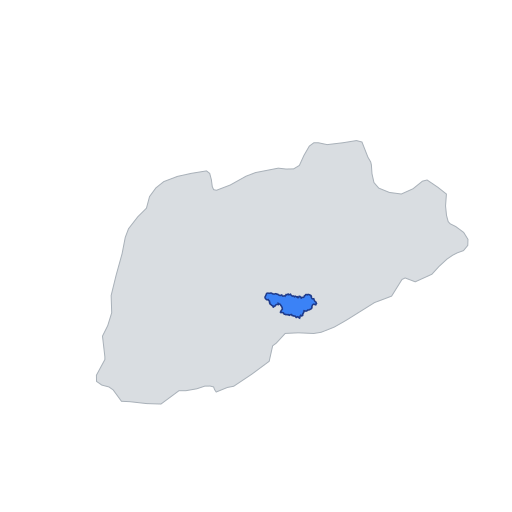 Jigmichhoeling, Geylegphug, Bhutan (highlighted), rotated 334°
{"feature_id": "84629894B47212795309211", "entity_name": "Jigmichhoeling", "entity_type": "district", "adm_level": 2, "iso_a3": "BTN", "parent_name": "Bhutan", "parent_adm1": "Geylegphug", "projection": "orthographic", "projection_center": [90.525, 27.083], "detail": "fine", "context": "in_parent", "style": "filled", "palette": "blue", "viewbox_px": 512, "rotation_deg": 334, "n_neighbors": 0, "source": "geoboundaries", "source_scale": "gbopen_adm2", "svg_char_len": 6521}
<svg xmlns="http://www.w3.org/2000/svg" viewBox="0 0 512 512"><g transform="rotate(334 256 256)"><path d="M400.3,221.8L399.6,224.8L396.3,232.9L394.2,241.7L396.1,248.8L403.7,257.3L413.8,264.0L426.6,264.4L438.4,261.7L443.1,262.7L449.6,274.0L454.3,283.8L448.3,294.1L445.0,303.1L443.8,309.4L444.6,312.1L448.5,317.2L453.0,325.9L453.8,334.0L451.0,339.3L444.9,342.1L438.4,341.4L433.1,341.5L426.3,342.5L415.9,345.6L406.1,349.5L387.8,349.0L380.4,341.1L376.9,341.1L360.3,351.5L342.1,349.8L309.0,353.3L295.2,354.2L281.0,353.1L273.8,350.9L260.4,343.6L248.3,338.4L236.0,343.2L231.6,344.0L221.7,356.4L200.3,360.4L178.9,363.3L172.6,361.6L160.6,360.8L160.2,357.9L160.5,355.1L157.8,352.8L152.9,350.5L144.6,349.4L133.8,346.3L127.7,343.3L105.7,347.4L93.0,340.7L78.7,331.6L71.4,327.6L68.9,313.7L66.4,309.2L60.8,304.4L57.7,298.8L60.3,293.2L74.8,282.8L76.0,280.3L82.9,260.7L92.2,253.6L101.4,243.8L108.5,228.0L121.9,211.9L136.6,195.3L146.7,181.9L153.4,175.6L167.0,168.9L178.5,165.0L186.4,155.9L195.9,150.9L205.7,148.7L220.2,150.0L233.9,153.3L248.8,157.8L250.6,161.5L249.3,167.9L247.1,174.5L247.0,177.8L249.3,179.6L264.0,180.9L282.0,179.9L292.1,180.8L314.5,186.8L321.1,191.0L328.0,194.2L334.7,193.6L343.2,186.6L352.1,180.6L357.6,179.6L361.6,181.5L368.8,187.1L383.7,192.3L396.9,196.3L401.2,200.0L399.9,216.3L400.3,221.8Z" fill="#d9dde1" stroke="#a8b0b8" stroke-width="1"/><path d="M246.2,299.6L246.7,300.3L247.4,300.4L247.6,300.4L247.9,300.5L247.8,300.9L247.9,301.2L248.2,302.0L248.4,302.6L248.3,302.8L247.9,303.0L247.8,303.6L247.8,304.1L247.9,304.3L247.6,304.4L247.6,304.6L247.6,304.8L247.7,305.0L247.6,305.5L247.8,305.8L248.0,305.9L248.3,306.5L248.3,306.9L248.7,307.6L248.8,307.8L249.2,308.1L249.3,308.2L249.2,308.5L249.0,309.3L249.3,309.6L249.5,309.5L250.3,309.3L250.5,309.1L251.2,309.3L251.4,309.3L251.7,309.1L252.0,308.8L252.7,308.6L253.7,308.7L254.1,308.9L254.3,309.1L254.6,309.5L255.0,309.2L255.2,308.8L255.3,308.3L255.5,308.5L255.6,308.9L255.7,309.3L255.9,309.4L256.1,309.6L256.2,309.8L256.6,310.0L256.7,310.3L256.6,310.9L256.6,311.3L256.8,311.6L256.9,311.9L256.8,312.3L256.8,312.6L256.8,313.0L257.0,313.4L257.0,313.6L256.8,313.9L256.8,314.4L256.7,314.6L256.4,315.1L256.3,315.5L255.2,315.8L254.9,316.0L254.7,316.2L254.4,316.3L254.1,316.5L254.1,316.8L253.8,316.9L253.8,317.1L253.4,317.2L253.5,317.4L253.5,317.7L253.8,317.7L254.0,317.8L254.1,318.0L254.5,318.3L255.3,318.6L255.8,319.3L255.7,319.8L255.7,320.3L255.8,320.4L255.9,320.5L256.0,320.8L256.3,320.9L256.5,321.1L256.8,321.2L256.9,321.3L256.9,321.5L257.0,321.7L257.2,322.0L257.4,322.0L257.6,321.9L257.8,322.0L258.1,322.1L258.3,322.3L258.5,322.6L259.0,322.7L259.1,323.0L259.3,323.2L259.6,323.0L259.8,323.2L259.7,323.4L259.7,323.5L259.8,323.7L260.1,324.0L260.4,323.9L260.7,323.8L261.2,323.9L261.7,323.9L262.1,324.0L262.3,324.2L262.3,324.3L262.2,324.6L262.4,325.1L262.3,325.3L262.4,325.5L262.6,325.5L262.8,325.5L263.1,325.9L263.3,326.0L263.5,326.1L263.5,326.4L263.8,326.5L264.4,327.0L264.7,327.0L264.8,327.2L265.0,327.7L265.0,328.2L265.1,328.8L265.3,328.9L265.4,329.0L265.8,329.0L265.9,328.9L266.0,328.7L266.4,328.7L266.9,328.8L267.0,328.9L267.0,329.2L267.1,329.3L267.3,329.5L267.4,329.9L267.5,330.1L267.6,330.5L267.7,330.8L267.8,330.9L267.9,331.0L268.0,330.8L268.2,330.6L268.5,330.5L268.6,330.4L268.6,330.0L268.8,329.9L269.1,329.6L269.5,329.4L269.7,329.2L269.9,329.1L270.0,329.0L270.0,328.9L270.3,328.8L270.6,329.3L270.6,329.6L270.7,329.9L270.9,329.9L271.1,329.9L271.3,329.9L271.5,329.8L271.8,329.9L272.1,329.7L272.3,329.5L272.3,329.0L272.5,328.7L272.9,328.3L273.1,328.2L273.4,328.2L273.6,328.1L273.8,327.8L274.0,327.6L274.1,327.4L274.4,327.4L274.7,327.2L274.9,326.8L275.0,326.4L275.2,326.2L275.8,326.8L276.1,327.1L277.1,327.4L277.2,327.5L277.4,327.7L277.5,327.7L277.8,327.6L278.4,327.4L278.7,327.2L279.5,327.5L279.8,327.7L280.0,327.7L280.7,327.8L280.8,327.7L281.1,327.6L281.4,327.6L281.6,327.7L282.3,327.7L282.7,327.6L283.1,327.3L283.3,327.3L283.7,326.9L283.7,326.6L283.8,326.5L284.0,326.2L284.0,325.9L284.5,325.5L284.8,325.3L285.1,324.9L285.4,324.8L285.9,324.6L286.6,324.5L286.9,324.6L287.1,325.0L287.4,325.1L287.5,325.2L287.7,325.6L287.9,325.8L288.1,326.0L288.4,326.1L288.6,325.9L288.6,325.7L289.0,325.4L289.5,325.2L289.4,325.0L289.3,324.8L289.6,324.4L289.7,324.1L289.7,323.7L289.4,323.4L289.1,322.6L289.0,322.1L289.0,321.5L289.0,321.1L289.0,320.9L289.2,319.7L288.7,319.6L288.3,319.4L287.8,319.1L287.7,318.7L287.6,318.2L287.6,317.9L287.7,317.6L287.7,317.3L287.7,317.2L288.0,316.9L288.1,316.6L288.1,316.4L287.9,316.2L288.0,316.1L288.1,315.8L288.1,315.6L287.9,315.3L287.6,315.1L287.6,314.9L287.3,314.7L287.1,314.5L287.1,314.3L287.0,314.2L286.8,314.1L286.7,313.9L286.2,313.5L285.9,313.3L285.7,313.4L285.3,313.5L285.1,313.3L284.9,313.3L284.8,313.2L284.7,313.1L284.4,312.7L284.1,312.5L283.8,312.5L283.5,312.7L283.1,312.8L282.9,313.0L282.6,313.1L282.0,313.0L281.7,313.4L281.5,313.6L281.4,313.7L281.1,313.8L280.7,314.0L280.4,313.9L280.1,313.9L279.9,313.8L279.9,313.7L279.7,313.6L279.4,313.4L279.1,313.4L278.9,313.4L278.6,313.4L278.5,313.5L278.3,313.7L278.2,313.7L278.3,313.2L278.3,312.9L278.2,312.9L277.9,312.3L277.9,311.7L277.7,311.6L277.4,311.5L277.3,311.3L277.3,311.2L277.2,311.1L276.7,311.5L276.4,311.7L276.2,311.8L275.9,311.9L275.7,312.0L275.4,311.9L275.3,311.5L275.1,311.4L274.9,311.1L275.1,310.9L275.3,310.7L275.2,310.6L274.5,310.4L274.4,310.3L274.2,310.0L273.9,309.7L273.8,309.4L273.4,309.3L273.1,309.4L272.6,309.5L272.5,309.0L272.4,308.6L271.8,308.1L271.3,308.2L270.9,307.7L270.7,307.5L270.4,306.8L270.4,306.4L270.3,306.2L270.3,305.5L270.2,305.5L270.1,305.4L269.6,305.5L269.2,305.3L268.5,305.3L268.2,305.0L268.1,304.7L268.2,304.3L267.4,304.2L266.7,304.4L266.3,303.9L266.1,303.8L265.9,304.1L265.7,304.3L265.4,304.4L265.0,304.4L264.7,304.6L264.5,304.8L264.4,304.6L263.8,304.2L263.7,304.1L263.3,304.1L263.1,304.1L262.4,303.8L262.1,303.2L262.2,302.5L262.1,302.3L261.9,302.2L261.6,302.1L261.2,302.2L260.5,302.2L259.9,301.7L259.8,301.4L259.3,301.1L259.2,300.9L259.0,300.5L259.0,300.1L258.6,299.7L258.3,299.7L258.0,299.5L257.8,299.2L257.6,298.8L257.1,298.5L257.0,298.4L256.7,298.4L256.2,298.3L255.9,298.3L255.5,298.1L254.9,297.7L254.6,297.6L254.5,297.4L254.3,297.0L253.9,296.7L253.8,296.4L253.7,296.2L253.3,295.9L252.9,295.8L252.7,295.6L252.2,295.6L251.9,295.5L251.6,295.3L251.1,295.0L250.7,294.8L250.5,294.6L250.2,294.5L250.0,294.4L249.6,294.3L249.2,294.3L248.8,294.5L248.6,294.9L248.5,295.0L248.3,295.1L248.1,295.3L247.7,295.5L247.1,296.1L246.4,296.5L246.0,297.0L245.8,297.5L245.8,298.0L245.8,298.5L246.2,299.3L246.2,299.6Z" fill="#3b82f6" stroke="#1e3a8a" stroke-width="1.5"/></g></svg>